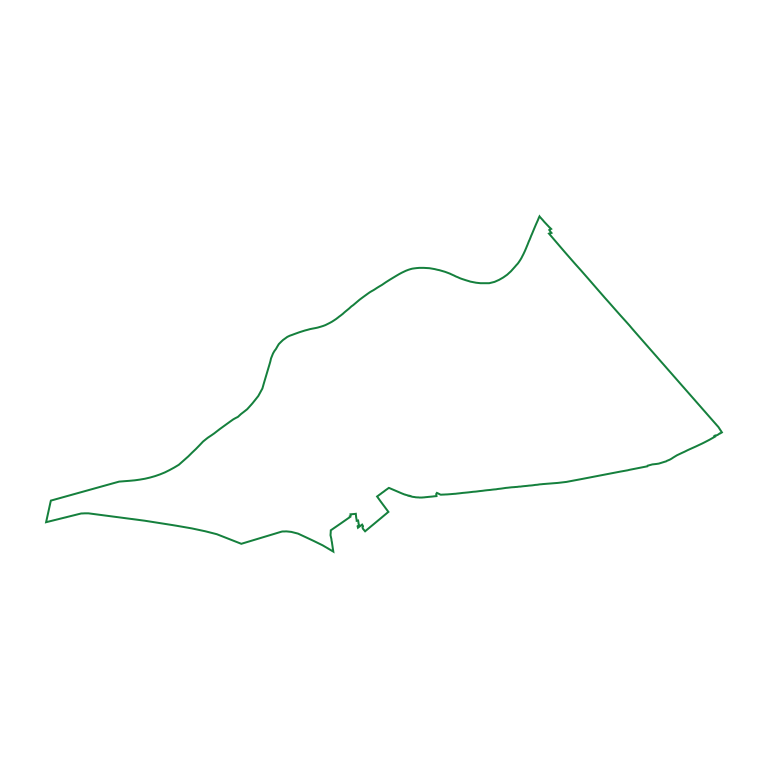 Krimpen aan den IJssel, Zuid-Holland, Netherlands
{"feature_id": "6326949B82028476449042", "entity_name": "Krimpen aan den IJssel", "entity_type": "district", "adm_level": 2, "iso_a3": "NLD", "parent_name": "Netherlands", "parent_adm1": "Zuid-Holland", "projection": "mercator", "projection_center": [4.603, 51.917], "detail": "fine", "context": "isolated", "style": "outline", "palette": "green", "viewbox_px": 768, "rotation_deg": 0, "n_neighbors": 0, "source": "geoboundaries", "source_scale": "gbopen_adm2", "svg_char_len": 5460}
<svg xmlns="http://www.w3.org/2000/svg" viewBox="0 0 768 768"><path d="M50.9,500.6L50.6,501.7L46.1,522.2L81.1,513.5L85.7,513.3L88.2,513.3L144.6,520.7L172.6,525.1L176.8,525.8L191.8,528.4L205.4,531.3L216.8,534.2L241.3,543.8L273.5,534.1L281.4,531.7L282.4,531.5L286.6,531.4L291.3,531.9L298.0,533.6L305.1,536.9L313.2,540.7L322.6,545.3L333.3,551.6L332.1,543.6L331.9,542.1L331.6,540.8L331.5,540.2L331.4,539.1L330.5,535.2L330.7,532.7L330.8,530.3L340.4,523.7L350.3,516.8L349.9,516.2L350.5,515.8L350.7,515.6L350.5,514.3L353.1,514.1L355.2,513.9L355.8,513.8L356.0,515.9L356.1,516.7L356.2,517.6L356.6,519.7L356.7,520.8L358.1,520.5L358.5,522.8L358.5,523.3L359.0,525.0L357.6,526.2L358.0,527.7L359.7,526.4L362.1,524.6L363.0,526.1L363.0,526.5L362.9,526.7L362.6,527.0L362.5,527.5L362.9,528.7L365.1,531.3L371.8,525.7L372.2,525.4L388.4,511.9L380.6,501.4L377.1,496.5L380.9,493.7L381.7,493.1L381.9,492.9L383.5,491.8L385.7,490.1L387.3,489.0L388.8,487.9L389.2,488.0L392.0,489.2L395.3,490.6L397.4,491.5L400.4,492.8L401.1,493.1L402.8,493.8L403.6,494.1L404.5,494.5L404.9,494.5L405.6,494.8L406.0,494.9L407.1,495.2L407.9,495.5L408.8,495.6L409.6,495.8L409.4,496.0L410.7,496.3L411.5,496.5L412.0,496.7L413.2,496.9L414.2,497.0L415.4,497.2L415.8,497.3L416.8,497.3L417.3,497.4L417.8,497.4L418.6,497.4L419.1,497.5L419.5,497.5L420.5,497.5L421.2,497.5L421.9,497.5L422.4,497.5L422.9,497.4L423.8,497.4L424.7,497.3L425.4,497.2L426.5,497.1L427.6,497.0L428.4,496.9L429.5,496.8L430.6,496.7L431.6,496.6L432.7,496.5L433.4,496.4L434.3,496.3L435.1,496.2L435.8,496.2L436.5,496.1L436.4,495.2L436.3,494.5L436.2,494.1L436.5,493.5L436.7,493.2L436.9,492.9L437.8,493.3L438.4,493.6L438.8,493.8L439.2,494.0L439.4,494.1L440.2,494.5L440.8,494.7L444.9,494.5L447.3,494.4L449.9,494.2L454.7,493.8L455.2,493.8L457.7,493.5L459.6,493.3L462.8,492.9L465.1,492.7L468.2,492.4L470.7,492.1L473.0,491.8L475.7,491.6L477.4,491.4L479.6,491.1L480.6,491.0L482.5,490.8L484.6,490.5L487.2,490.2L489.4,490.0L490.5,489.9L492.7,489.6L494.8,489.4L496.1,489.3L497.1,489.1L498.5,488.9L500.4,488.7L501.9,488.5L503.9,488.2L505.9,487.9L508.0,487.7L509.7,487.5L511.6,487.3L513.0,487.2L514.6,487.1L515.0,487.0L515.4,487.0L517.2,486.9L518.4,486.7L519.5,486.6L520.3,486.6L521.8,486.4L523.5,486.2L525.7,486.0L527.6,485.8L529.1,485.6L530.8,485.5L532.7,485.3L535.4,484.9L536.7,484.8L537.7,484.7L539.5,484.4L540.6,484.3L541.9,484.2L542.6,484.1L558.0,482.9L566.5,481.9L571.2,481.0L580.3,479.3L599.5,475.6L604.7,474.6L620.3,471.6L623.7,471.0L627.6,470.3L629.6,469.8L647.4,466.3L647.6,465.7L652.4,464.4L656.1,464.0L658.8,463.6L665.2,461.6L665.8,461.5L667.0,460.8L669.7,459.7L671.5,458.7L673.3,457.5L676.9,455.3L682.6,452.6L684.4,451.8L687.6,450.2L690.0,449.1L695.6,446.6L702.2,443.5L704.6,442.3L709.6,439.7L710.3,439.3L714.9,436.7L714.6,436.4L714.3,436.1L715.3,435.4L715.7,435.5L716.1,435.5L716.5,435.4L716.8,435.2L717.4,435.0L718.1,434.6L719.8,433.4L720.0,433.5L721.9,432.4L718.4,427.0L716.7,425.1L681.6,385.1L650.3,349.4L633.3,330.0L633.3,329.9L632.7,329.3L629.5,325.5L626.2,321.8L620.6,315.6L615.9,310.3L608.6,302.0L604.4,297.3L600.5,292.8L597.7,289.6L593.1,284.3L588.6,279.1L584.3,274.2L580.9,270.3L576.4,265.3L574.7,263.4L565.0,252.3L561.4,248.1L554.8,240.4L549.0,233.6L549.7,233.3L549.9,233.4L550.0,233.4L550.5,233.3L550.7,233.2L551.4,232.9L551.2,232.7L549.7,230.6L549.3,230.1L549.3,229.8L551.1,228.9L550.7,228.5L548.8,226.7L548.3,226.1L547.7,225.5L546.2,223.9L544.5,222.1L543.7,221.2L542.8,220.1L541.6,218.8L540.6,217.7L540.1,217.1L539.7,216.7L539.5,216.4L538.9,217.6L538.0,219.9L535.9,224.6L534.5,227.9L533.0,231.5L532.1,233.7L531.0,236.2L530.6,237.3L529.5,240.0L529.0,241.0L528.4,242.5L527.5,244.8L526.7,246.7L525.9,248.7L525.7,249.1L524.9,251.0L523.1,254.8L522.7,255.5L521.5,257.9L520.5,259.6L519.2,261.6L518.0,263.3L517.6,263.8L516.2,265.3L515.2,266.5L511.0,271.2L510.7,271.5L508.8,273.2L507.3,274.6L505.9,275.6L503.5,277.3L503.2,277.5L499.2,279.8L494.5,281.9L489.6,283.1L489.2,283.2L480.5,283.2L475.9,282.7L475.5,282.6L470.3,281.6L469.1,281.2L465.1,280.0L464.9,279.9L462.4,279.1L460.7,278.5L459.9,278.2L458.6,277.6L458.2,277.4L456.7,276.8L455.5,276.3L454.4,275.7L452.6,274.9L450.2,273.8L450.1,273.7L445.0,271.8L439.5,270.2L437.1,269.7L434.7,269.1L429.5,268.2L424.3,267.9L420.8,267.9L418.9,267.9L416.6,268.1L414.1,268.4L412.1,268.7L410.3,269.2L408.4,269.8L405.8,270.8L401.8,272.7L399.2,274.1L396.3,275.8L390.0,279.6L385.9,282.2L382.4,284.6L381.8,285.0L379.4,286.4L376.8,288.0L374.7,289.4L373.4,290.2L371.4,291.3L369.6,292.4L367.2,294.1L362.4,297.6L359.6,299.7L355.0,303.6L353.1,305.2L351.4,306.4L349.0,308.6L346.8,310.4L345.2,311.7L343.6,313.1L343.0,313.7L340.7,315.5L338.9,316.8L338.2,317.4L336.1,319.0L334.0,320.4L331.8,321.8L329.4,323.1L327.4,324.1L325.4,325.1L323.0,326.0L320.4,326.8L317.6,327.6L315.3,328.1L312.6,328.6L310.1,329.1L307.6,329.8L304.9,330.5L299.5,332.2L297.0,333.1L294.5,334.0L292.1,334.9L289.8,335.7L287.3,336.9L285.1,338.5L283.0,340.0L280.9,342.0L278.8,344.1L277.3,346.6L276.0,348.9L274.3,351.2L273.0,353.5L272.0,356.0L271.0,358.5L270.4,361.2L269.7,363.7L263.9,383.2L262.4,388.5L258.3,396.0L252.4,403.4L247.2,409.2L240.8,414.2L237.9,416.9L235.5,418.1L233.2,419.4L229.4,422.1L219.6,429.2L214.2,433.4L211.6,435.2L208.0,437.6L206.7,438.6L203.1,441.5L199.5,445.3L195.8,449.1L191.9,452.8L188.3,456.4L178.8,464.8L174.3,467.5L169.7,470.0L164.9,472.4L160.0,474.4L155.1,476.1L150.2,477.5L145.1,478.7L139.9,479.6L134.9,480.3L129.6,480.8L124.4,481.2L119.2,481.6L113.4,483.2L50.9,500.6Z" fill="none" stroke="#15803d" stroke-width="2"/></svg>